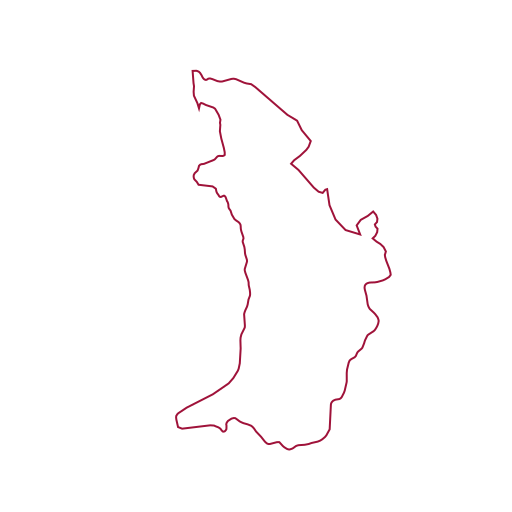 the border of Yasothon, rotated 162°
{"feature_id": "THA-428", "entity_name": "Yasothon", "entity_type": "Province", "adm_level": 1, "iso_a3": "THA", "parent_name": "Thailand", "parent_adm1": "", "projection": "natural_earth1", "projection_center": [104.368, 15.815], "detail": "fine", "context": "isolated", "style": "outline", "palette": "rose", "viewbox_px": 512, "rotation_deg": 162, "n_neighbors": 0, "source": "natural_earth", "source_scale": "10m", "svg_char_len": 3957}
<svg xmlns="http://www.w3.org/2000/svg" viewBox="0 0 512 512"><g transform="rotate(162 256 256)"><path d="M246.6,439.4L244.9,439.1L242.8,437.7L238.7,434.3L236.3,433.0L234.2,432.4L224.8,432.0L223.6,431.8L222.4,431.5L220.3,430.3L213.8,424.5L211.6,423.0L207.5,420.9L204.5,416.9L182.5,380.5L175.1,372.0L173.6,361.5L168.4,348.4L172.2,343.6L175.3,341.4L183.3,337.6L190.1,335.3L194.1,332.9L189.0,324.7L179.9,303.2L176.6,297.8L173.1,295.4L169.6,297.6L167.7,297.6L170.4,281.6L169.1,266.1L162.8,253.0L150.3,244.3L150.8,254.0L145.2,258.0L137.2,259.6L130.8,262.1L129.1,257.9L129.0,253.9L130.4,250.9L133.2,249.3L133.2,247.0L132.0,244.4L133.4,241.2L136.3,238.3L139.6,236.7L136.9,232.4L134.1,229.1L131.9,225.1L131.1,220.2L132.5,218.1L133.1,217.3L133.5,215.0L133.6,211.3L133.1,202.5L133.3,198.8L133.7,196.5L134.5,195.9L136.0,194.9L140.2,193.9L142.9,193.6L148.5,193.8L151.1,194.2L156.0,195.6L157.3,195.7L158.6,195.7L159.8,195.4L160.8,194.9L161.6,194.2L162.1,193.3L162.6,192.2L162.9,190.2L163.2,184.1L164.7,175.5L164.7,173.3L164.4,171.5L164.1,170.4L161.5,165.8L160.6,163.9L159.3,160.1L159.2,157.9L159.4,156.3L160.6,154.1L162.0,152.3L163.5,150.8L165.3,149.3L166.2,148.7L167.3,148.2L173.2,146.6L174.3,146.2L175.1,145.5L178.2,142.3L178.9,141.4L180.2,139.5L183.2,135.9L184.1,135.3L188.3,133.6L189.3,133.0L190.1,132.2L191.5,130.6L191.9,130.1L193.5,129.2L197.2,128.5L198.3,128.1L199.3,127.6L200.8,125.9L204.5,119.9L205.9,116.6L208.4,108.8L209.0,107.6L213.2,100.6L214.6,98.8L218.0,95.4L218.9,94.8L219.8,94.4L221.0,94.2L224.8,94.8L226.0,94.7L227.3,94.5L228.4,94.0L229.3,93.4L230.1,92.6L230.7,91.5L239.5,68.4L244.5,63.7L246.4,62.5L249.6,61.2L252.0,60.6L254.6,60.4L261.0,61.0L263.9,60.9L268.0,61.4L273.9,62.9L275.4,63.0L276.8,62.9L280.1,61.8L281.3,61.6L283.9,61.6L285.0,62.1L286.2,63.0L288.2,65.4L289.2,67.0L291.3,71.7L292.3,72.1L293.8,72.5L300.8,72.9L302.2,73.3L303.4,74.2L304.6,76.1L305.2,77.5L307.0,82.4L310.2,89.1L311.2,92.6L312.1,94.6L313.1,96.1L316.0,98.5L319.6,100.9L321.3,102.4L322.6,103.7L325.2,107.4L326.0,108.3L327.5,108.8L329.6,108.9L333.6,107.8L335.3,106.6L336.3,105.2L336.5,103.8L337.3,101.4L337.8,100.3L338.7,99.6L339.7,99.0L340.9,98.9L341.8,99.3L342.6,100.8L343.0,102.2L343.8,103.6L345.0,104.9L347.0,106.5L348.3,107.7L351.8,109.1L379.6,114.6L383.0,117.4L382.3,125.1L381.9,127.1L381.3,128.5L379.8,129.8L378.4,130.5L368.8,133.2L339.8,137.8L321.3,143.3L315.3,146.9L308.7,152.5L307.3,154.2L304.6,158.9L299.2,172.7L296.9,180.6L295.9,183.1L294.1,186.0L289.2,191.0L288.6,191.8L288.0,193.5L285.3,204.3L284.9,205.0L284.1,206.2L282.9,207.7L280.2,210.6L278.9,212.5L276.6,216.9L274.1,220.0L273.5,221.2L273.0,222.8L272.4,225.7L272.0,230.1L271.7,231.5L271.3,232.7L271.1,233.9L271.0,235.8L271.3,243.3L271.2,245.5L270.8,247.0L266.6,253.0L266.1,253.9L265.8,255.4L265.8,260.3L265.6,262.0L264.7,265.6L264.3,268.2L264.3,273.6L263.8,274.8L263.1,275.7L262.5,276.5L262.2,278.0L262.3,283.6L262.2,285.5L261.9,287.1L261.3,289.3L261.1,290.6L261.4,292.1L262.1,293.6L263.9,295.9L265.1,297.8L266.2,302.8L266.2,306.9L266.5,308.0L266.9,309.1L267.1,310.1L267.0,311.3L266.4,313.5L266.3,314.7L266.3,316.0L266.6,317.1L266.7,321.3L267.1,322.5L267.8,323.3L269.5,323.2L270.7,323.0L271.8,323.2L272.5,324.1L273.0,326.2L273.5,327.5L273.7,328.8L273.7,330.0L273.4,332.4L275.8,335.6L288.6,341.5L289.4,344.8L290.8,347.7L291.0,348.5L291.0,349.4L290.8,350.7L290.2,352.2L288.7,353.7L285.2,355.3L283.7,357.2L282.3,359.4L280.9,360.1L279.5,360.2L278.2,359.9L276.9,359.7L266.3,360.4L265.2,360.7L262.3,362.4L261.3,362.7L260.1,362.6L256.8,361.4L255.6,361.4L254.5,361.8L253.7,364.4L253.2,368.7L252.7,378.6L251.8,385.8L249.4,391.7L249.1,393.8L247.7,396.6L247.9,401.8L249.4,408.7L250.7,410.4L257.0,415.1L259.2,417.3L260.9,418.5L262.5,417.6L264.6,414.0L264.5,419.5L265.5,427.6L264.6,431.4L262.5,436.6L262.0,439.7L259.1,451.6L255.5,450.6L254.6,450.0L253.4,448.9L252.6,447.4L251.9,444.7L251.7,443.0L251.3,441.4L250.8,440.3L250.1,439.5L249.2,438.9L247.7,439.0L246.6,439.4Z" fill="none" stroke="#9f1239" stroke-width="2"/></g></svg>